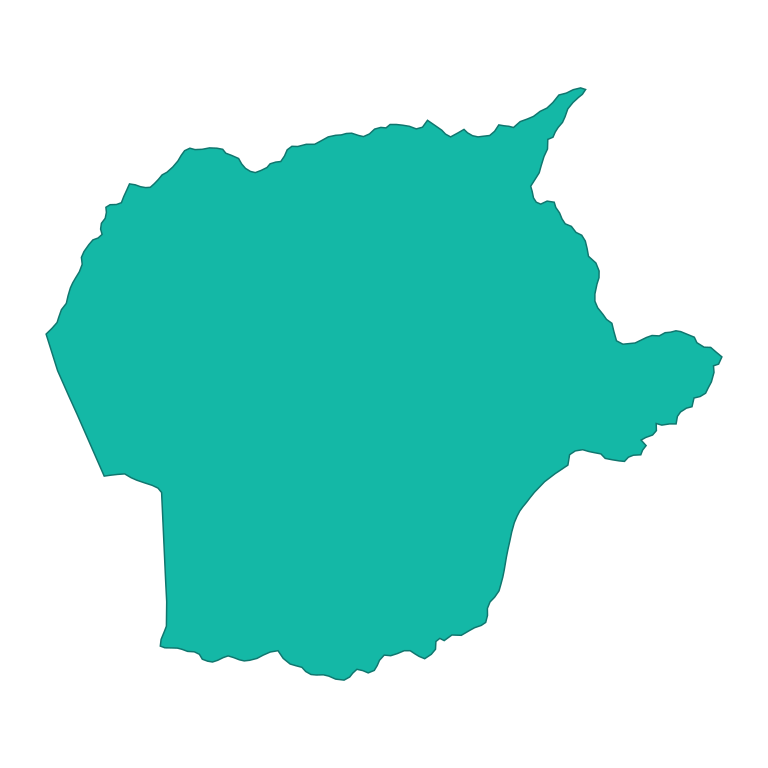 the district of Silva Jardim, Rio de Janeiro, Brazil
{"feature_id": "56859067B6449938642044", "entity_name": "Silva Jardim", "entity_type": "district", "adm_level": 2, "iso_a3": "BRA", "parent_name": "Brazil", "parent_adm1": "Rio de Janeiro", "projection": "mercator", "projection_center": [-42.381, -22.568], "detail": "fine", "context": "isolated", "style": "filled", "palette": "teal", "viewbox_px": 768, "rotation_deg": 0, "n_neighbors": 0, "source": "geoboundaries", "source_scale": "gbopen_adm2", "svg_char_len": 3825}
<svg xmlns="http://www.w3.org/2000/svg" viewBox="0 0 768 768"><path d="M721.9,356.9L716.0,352.0L710.7,347.4L704.1,347.2L696.9,342.7L694.3,337.2L688.2,334.7L680.7,331.6L675.9,330.8L670.5,332.2L665.1,332.7L659.2,335.9L652.0,335.5L646.4,337.5L635.1,343.0L622.9,344.2L616.5,340.8L613.9,331.6L611.9,323.3L606.5,319.4L603.2,314.7L597.7,307.8L594.9,301.2L594.9,294.0L597.0,284.0L599.0,277.7L599.1,271.0L595.9,263.0L588.5,256.3L587.1,248.5L585.3,241.0L581.7,235.2L576.0,232.4L571.4,226.4L565.2,223.8L562.0,218.9L559.6,213.0L555.8,207.5L554.2,202.2L547.1,201.1L540.7,204.1L536.3,202.2L533.5,197.9L532.2,191.5L530.7,186.2L535.1,179.3L539.2,172.8L541.2,165.6L544.0,156.5L547.5,149.0L547.8,139.4L553.0,137.2L555.2,132.1L558.1,127.5L562.5,122.4L565.0,116.9L567.8,108.9L573.0,102.5L578.4,97.5L582.4,94.3L585.6,89.5L580.6,87.9L573.2,89.7L566.3,93.1L558.9,95.0L552.9,102.5L546.9,108.1L540.2,111.3L533.5,116.4L527.1,119.1L520.2,121.6L513.5,127.5L508.9,126.3L504.2,125.8L498.8,124.9L494.6,131.3L489.7,135.5L483.6,136.2L478.0,136.9L472.5,135.7L467.5,132.8L464.0,129.4L458.3,132.7L450.6,136.9L445.5,134.1L441.8,130.2L434.9,125.4L427.5,120.3L422.5,127.2L416.3,128.9L409.4,126.3L402.7,125.2L396.5,124.5L390.1,124.5L386.0,127.9L380.8,127.4L374.6,129.1L369.5,133.9L363.5,136.6L358.7,135.5L351.7,133.2L346.3,133.5L341.3,134.9L335.6,135.3L328.2,136.9L320.8,141.0L314.6,144.3L306.2,144.3L297.8,146.5L291.9,146.3L287.2,149.8L284.5,156.0L280.8,161.5L275.7,162.1L270.1,163.8L267.0,167.5L260.9,170.5L255.3,172.6L250.4,171.4L245.5,168.4L241.7,164.0L238.6,158.5L231.6,155.4L225.8,153.2L222.7,149.3L216.9,148.2L209.5,147.9L202.2,149.3L195.0,149.6L189.9,148.2L184.6,150.7L181.2,155.4L177.9,161.0L172.8,167.0L166.9,172.3L162.1,174.9L158.5,179.3L154.3,183.7L150.3,187.3L145.6,187.6L140.5,186.7L135.2,184.8L129.5,183.9L126.5,190.6L123.7,196.7L121.4,202.7L116.5,204.5L110.1,204.7L105.9,207.3L106.4,212.4L105.2,218.3L101.4,223.3L100.6,229.1L102.1,234.4L98.1,238.0L92.9,239.9L88.9,244.6L84.0,251.5L81.4,257.4L82.2,264.3L79.4,271.7L75.3,278.4L72.7,282.9L70.4,287.9L68.1,295.6L66.3,303.4L61.4,309.7L58.6,317.7L57.1,322.5L52.0,328.3L46.1,334.1L57.6,370.7L68.8,396.0L77.1,414.3L104.2,476.1L110.6,475.2L117.7,474.4L124.7,473.9L131.1,477.7L136.8,480.2L144.4,482.8L152.1,485.3L158.0,488.1L161.6,492.5L165.7,582.1L166.7,601.8L166.4,626.2L164.4,631.4L161.1,639.4L160.3,646.1L164.9,647.8L170.8,647.9L177.4,648.1L182.0,649.3L187.6,651.4L194.3,651.8L199.4,654.3L202.3,659.2L207.7,661.2L212.5,662.0L217.7,660.3L223.2,657.6L228.1,655.9L233.7,657.6L239.4,659.8L244.2,660.9L249.6,660.3L257.0,658.4L263.2,655.1L270.3,652.0L278.0,650.7L283.2,658.4L290.1,664.0L296.2,665.8L301.9,667.3L305.7,671.5L311.0,674.5L316.4,675.0L323.3,674.8L328.8,676.1L335.6,679.1L344.1,680.1L349.7,677.0L352.8,673.1L356.9,669.3L362.8,670.6L368.2,672.9L374.3,670.4L377.2,665.6L379.5,660.3L384.2,655.1L390.7,655.7L397.3,653.6L404.2,650.7L410.2,650.7L415.0,653.9L419.1,656.4L424.7,658.7L431.3,654.3L435.5,649.3L435.9,641.5L439.8,638.4L444.2,640.6L451.9,635.0L461.3,635.3L469.7,630.4L474.6,627.7L481.3,625.4L485.7,622.4L487.5,615.4L487.4,608.4L490.0,602.0L494.7,597.1L499.0,590.9L500.8,584.6L502.8,577.1L504.1,570.7L505.2,564.3L506.4,557.1L507.9,549.6L509.9,540.7L511.7,532.1L514.3,522.7L517.1,516.1L519.7,511.1L523.0,506.6L526.4,502.5L530.2,497.5L534.5,492.2L544.6,481.7L555.2,473.6L559.3,470.9L563.4,468.1L567.9,465.1L569.6,454.7L575.3,450.9L582.7,449.7L588.8,451.5L593.6,452.5L600.9,453.9L605.2,458.4L612.4,459.8L619.3,460.9L624.5,461.4L628.4,457.2L633.4,455.2L640.8,454.8L642.6,450.1L646.1,445.6L641.1,440.1L645.7,437.5L652.6,435.0L656.4,430.6L656.2,423.5L661.8,425.1L669.7,423.9L676.1,423.9L677.4,416.4L680.5,412.0L686.3,408.2L692.0,406.7L694.0,398.0L700.2,396.5L705.6,393.2L708.2,387.9L711.4,381.9L714.0,372.4L713.5,365.8L718.6,364.1L721.9,356.9Z" fill="#14b8a6" stroke="#0f766e" stroke-width="1.5"/></svg>